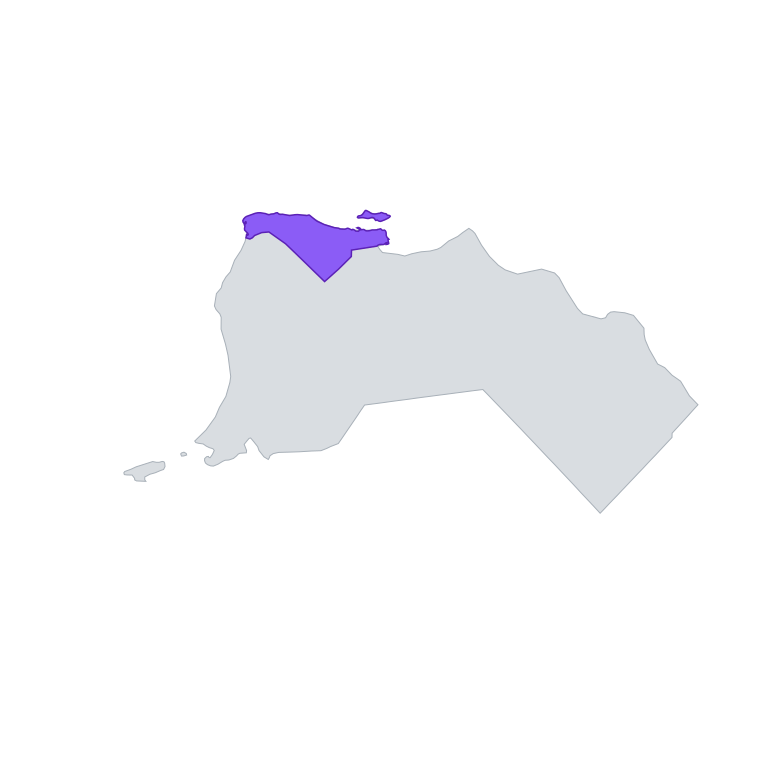 location of Ash Sharqiyah South within Oman, rotated 244°
{"feature_id": "OMN-2406", "entity_name": "Ash Sharqiyah South", "entity_type": "Region", "adm_level": 1, "iso_a3": "OMN", "parent_name": "Oman", "parent_adm1": "", "projection": "albers", "projection_center": [58.929, 21.395], "detail": "fine", "context": "in_parent", "style": "filled", "palette": "violet", "viewbox_px": 768, "rotation_deg": 244, "n_neighbors": 0, "source": "natural_earth", "source_scale": "10m", "svg_char_len": 5793}
<svg xmlns="http://www.w3.org/2000/svg" viewBox="0 0 768 768"><g transform="rotate(244 384 384)"><path d="M227.7,657.1L224.7,649.5L221.6,641.9L218.6,634.3L215.6,626.7L213.5,621.4L209.7,619.4L207.6,613.8L205.4,608.1L203.2,602.3L201.0,596.6L198.9,590.8L196.7,585.0L194.5,579.3L192.4,573.5L190.2,567.7L188.1,562.0L185.9,556.2L183.8,550.5L181.6,544.7L179.5,538.9L177.4,533.1L175.2,527.4L173.1,521.6L180.8,519.3L190.2,516.4L199.5,513.5L208.9,510.7L218.3,507.8L227.6,504.9L237.0,502.0L246.3,499.0L255.6,496.1L264.9,493.2L274.3,490.2L283.6,487.3L292.9,484.3L302.2,481.3L311.5,478.3L320.7,475.3L330.0,472.3L335.7,470.4L338.3,462.9L340.4,456.7L342.5,450.4L344.6,444.2L346.7,437.9L348.8,431.7L350.9,425.5L353.0,419.2L355.1,413.0L357.2,406.7L359.2,400.5L361.3,394.2L363.4,388.0L365.5,381.7L367.5,375.5L369.6,369.2L371.7,363.0L373.6,357.3L370.4,351.6L366.0,344.1L361.5,336.2L357.3,328.8L354.2,323.4L350.5,316.8L351.2,308.6L351.2,304.4L351.7,298.1L355.6,289.3L360.2,278.2L363.5,270.8L366.4,264.4L368.7,259.3L370.0,253.9L369.5,250.1L368.1,248.7L366.9,246.9L371.1,244.2L378.9,242.5L383.1,243.0L389.1,241.7L393.9,240.5L394.3,238.9L393.0,236.0L391.1,231.9L384.4,231.3L382.5,230.1L384.9,224.1L384.9,222.2L384.0,219.9L383.1,216.1L383.7,211.2L385.1,207.8L385.2,205.2L384.7,199.6L385.0,194.7L386.4,192.3L388.9,190.0L391.3,188.9L393.7,189.1L395.6,190.1L396.4,192.7L395.9,194.4L394.5,194.6L394.0,195.4L395.9,198.9L398.7,202.3L400.9,201.8L403.4,199.1L406.1,197.0L409.4,195.2L411.8,191.6L413.8,189.2L415.7,188.9L420.7,203.9L428.3,218.0L435.1,225.8L442.1,236.4L452.9,246.1L457.9,249.5L478.2,256.4L489.3,259.0L504.7,261.6L515.3,266.9L518.9,267.2L524.5,265.7L528.5,265.8L538.7,273.0L541.7,279.8L545.9,283.4L549.6,289.0L552.1,294.9L560.7,303.9L566.8,314.1L573.0,321.6L578.6,326.2L587.0,328.1L593.8,330.1L594.5,335.1L593.9,341.7L592.6,346.6L586.4,356.0L584.9,361.9L577.9,371.5L570.2,387.6L566.7,391.3L554.2,399.6L545.0,409.6L534.1,427.0L525.8,444.2L522.6,449.7L515.9,450.8L511.5,450.3L508.5,448.7L509.7,444.0L510.4,438.7L506.4,439.3L502.8,440.3L494.5,453.2L489.9,458.8L488.9,466.0L486.6,475.2L483.3,483.7L481.8,490.9L481.8,494.9L484.2,504.9L484.3,515.0L485.6,521.1L486.7,528.5L482.8,530.7L479.4,531.8L466.1,532.5L452.5,534.7L440.6,538.8L433.5,542.9L424.2,552.2L418.2,576.0L409.0,586.0L402.8,588.0L388.0,588.6L367.2,591.0L359.9,593.3L347.4,607.6L346.4,612.2L348.6,615.5L349.3,619.2L348.1,622.6L342.4,631.7L336.3,638.3L320.2,642.1L314.4,639.5L309.1,638.1L298.8,637.6L282.0,638.7L275.6,643.5L265.7,646.7L256.5,651.8L239.4,653.3L227.7,657.1ZM411.6,150.8L410.6,152.1L409.1,152.2L405.8,151.0L403.8,148.4L404.2,145.3L404.5,139.5L405.5,134.0L405.3,128.2L402.8,127.0L400.9,127.3L405.3,119.2L407.0,117.9L408.6,118.5L412.6,117.7L414.8,113.3L416.4,110.9L418.2,111.2L419.0,112.6L418.3,119.3L418.2,124.9L415.7,142.1L413.4,145.1L412.2,147.5L411.6,150.8ZM535.8,460.4L532.4,461.3L531.4,460.9L531.5,453.7L539.3,444.6L544.4,434.2L548.0,443.5L541.8,448.8L538.4,457.7L535.8,460.4ZM410.4,174.3L408.3,175.8L406.7,175.5L407.1,172.5L408.0,170.4L410.3,170.6L410.8,171.9L410.4,174.3Z" fill="#d9dde1" stroke="#a8b0b8" stroke-width="1"/><path d="M575.9,324.0L577.1,325.0L578.3,325.7L578.6,326.0L578.7,326.6L578.4,326.7L577.9,326.6L577.6,326.4L577.6,327.2L578.0,327.6L578.6,327.6L579.4,327.6L583.4,326.2L584.8,326.7L587.0,328.3L587.3,328.3L588.1,328.2L588.4,328.3L588.5,328.6L588.6,329.2L588.8,329.5L588.7,329.9L588.8,330.2L589.1,330.6L589.4,330.8L589.7,330.9L590.1,331.0L590.4,331.0L590.6,330.7L590.2,330.1L589.5,329.3L589.7,328.5L590.2,328.5L591.3,328.3L592.7,328.7L593.8,330.1L594.6,332.0L594.9,333.7L593.9,343.1L593.2,345.6L592.2,347.8L589.2,352.1L587.7,353.4L586.8,354.4L586.4,355.4L586.3,356.7L585.3,359.4L585.1,362.2L584.6,363.3L582.5,364.2L581.8,365.2L581.0,367.3L576.8,373.0L575.2,378.1L574.2,380.5L569.3,388.4L568.9,390.2L568.8,390.7L568.3,391.1L560.9,394.5L559.4,395.4L553.4,400.3L546.3,407.9L544.1,411.3L543.6,411.8L542.8,412.3L542.0,413.5L540.4,416.5L540.2,417.1L540.1,419.1L539.9,419.7L539.6,420.1L536.5,422.7L536.7,423.8L535.8,424.6L533.6,425.8L533.2,426.9L532.8,427.3L532.6,427.6L532.5,427.9L532.6,428.4L532.9,429.0L533.4,429.4L533.9,429.7L534.7,429.3L535.6,428.5L536.2,428.1L536.1,429.3L535.6,430.0L534.6,430.7L533.7,431.0L533.2,430.4L532.9,430.4L532.6,431.2L532.1,432.8L531.7,433.6L531.3,433.9L530.1,434.6L529.5,435.1L528.9,436.2L528.3,437.7L527.9,439.3L527.7,440.8L526.4,443.5L525.6,445.5L525.7,446.4L525.4,446.8L525.1,448.7L524.9,449.1L524.5,449.2L523.8,449.5L523.1,449.8L522.6,450.3L522.2,451.8L521.1,452.4L519.6,452.4L518.2,451.9L517.2,451.4L516.4,451.1L514.7,451.0L514.0,451.1L512.8,451.7L512.0,451.8L512.2,451.3L512.5,451.1L512.2,450.9L510.3,450.4L509.3,450.2L508.1,449.8L508.0,448.6L508.7,446.3L508.7,447.0L508.9,447.7L509.3,448.2L509.8,448.7L510.0,447.5L509.5,445.0L510.0,443.8L510.7,442.7L511.3,441.1L511.4,439.4L511.0,438.1L518.6,413.5L512.9,410.5L507.1,393.3L502.1,375.5L515.7,370.6L529.1,365.8L541.5,361.3L553.2,357.0L564.7,350.7L571.1,347.2L573.7,340.4L574.2,332.8L573.1,329.8L573.1,327.0L575.9,324.0ZM545.6,437.3L545.7,438.5L546.0,439.4L547.7,442.4L548.1,443.3L547.9,443.9L547.4,444.4L545.4,445.9L543.3,447.1L542.3,448.0L541.0,449.9L540.4,451.3L539.7,454.0L539.3,455.0L539.3,455.6L539.4,456.2L539.4,456.6L539.1,457.0L537.3,458.7L536.4,460.1L535.9,460.6L535.4,460.8L534.7,460.9L534.1,461.0L533.9,461.4L533.7,462.0L533.2,462.6L532.6,463.1L532.0,463.1L531.8,462.6L531.5,462.2L531.3,460.4L531.2,458.6L531.3,457.7L531.2,457.1L531.6,452.6L531.8,451.9L532.4,451.1L532.7,450.8L533.7,450.1L534.1,449.9L534.3,449.7L534.5,448.7L534.6,448.3L535.5,448.0L536.4,448.0L537.3,447.8L538.3,447.2L538.7,446.6L538.9,446.3L539.1,445.6L539.4,443.3L539.7,442.3L540.2,441.4L542.8,438.0L543.7,435.9L544.3,434.1L544.8,433.4L545.6,433.2L546.2,434.1L546.2,435.1L545.8,436.1L545.6,437.3Z" fill="#8b5cf6" stroke="#5b21b6" stroke-width="1.5"/></g></svg>